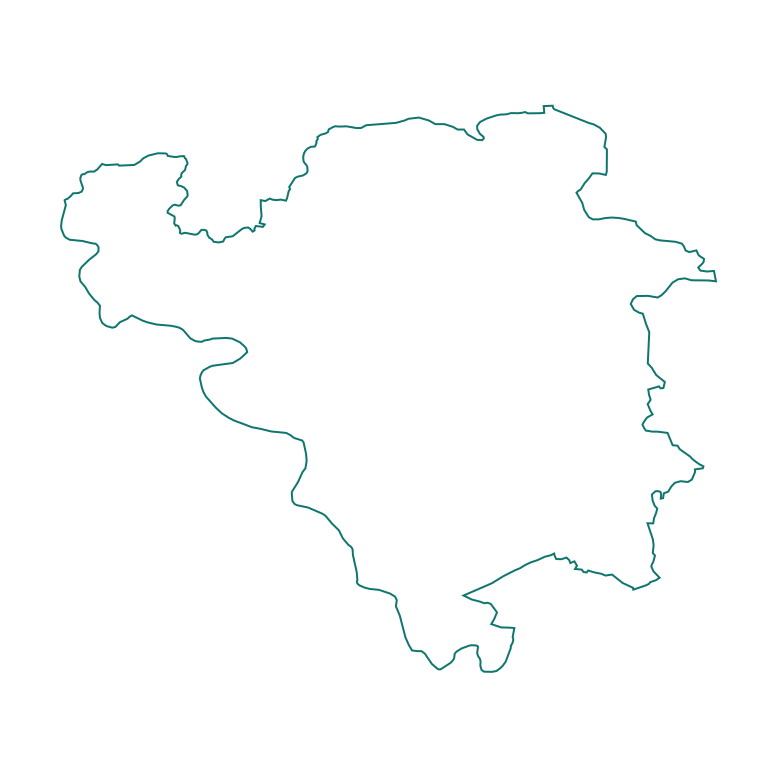 Zozocolco de Hidalgo, Veracruz, Mexico (Equal Earth projection), rotated 92°
{"feature_id": "50627088B61814303720147", "entity_name": "Zozocolco de Hidalgo", "entity_type": "district", "adm_level": 2, "iso_a3": "MEX", "parent_name": "Mexico", "parent_adm1": "Veracruz", "projection": "equal_earth", "projection_center": [-97.559, 20.128], "detail": "fine", "context": "isolated", "style": "outline", "palette": "teal", "viewbox_px": 768, "rotation_deg": 92, "n_neighbors": 0, "source": "geoboundaries", "source_scale": "gbopen_adm2", "svg_char_len": 6127}
<svg xmlns="http://www.w3.org/2000/svg" viewBox="0 0 768 768"><g transform="rotate(92 384 384)"><path d="M163.2,591.9L163.6,596.0L164.3,598.9L164.4,601.6L163.6,608.1L162.0,608.7L161.2,610.1L161.3,618.1L164.0,627.6L166.9,632.5L170.2,635.6L173.8,641.2L175.0,656.3L173.8,657.7L175.0,669.5L173.9,673.4L179.6,678.0L181.9,681.3L181.9,685.1L182.6,687.8L184.9,691.1L184.7,692.0L185.5,693.6L188.8,694.7L191.4,694.4L198.1,691.8L199.5,691.7L202.3,692.9L203.8,696.0L204.3,701.4L207.2,703.7L210.1,706.9L210.5,708.3L211.5,709.6L216.3,708.2L231.8,711.8L237.7,712.2L240.3,711.8L246.9,708.9L249.0,706.8L250.8,703.2L251.6,690.4L253.6,680.5L253.9,677.0L255.4,675.3L257.2,674.1L261.4,674.0L264.6,676.4L269.7,682.6L277.3,690.0L280.5,691.9L287.2,692.3L292.1,690.9L297.3,686.1L303.6,682.1L306.9,679.3L310.4,676.1L312.5,673.4L315.7,670.6L322.5,670.8L327.7,670.2L332.7,667.8L335.0,664.8L336.0,662.6L337.2,657.4L336.3,654.4L331.4,650.0L327.7,642.6L325.9,640.9L324.2,638.3L329.1,627.4L330.6,622.6L332.5,613.5L333.2,599.3L334.1,593.6L334.7,591.2L336.1,588.0L337.5,586.2L345.1,579.2L347.5,574.5L348.0,572.3L348.2,567.5L346.9,565.4L345.5,559.0L344.6,557.1L343.5,543.3L343.9,537.4L347.3,529.5L351.2,524.8L353.2,523.0L356.9,521.8L363.5,528.4L368.3,535.9L371.8,556.2L373.0,559.0L376.6,564.9L378.8,566.4L381.8,567.7L385.0,568.2L393.6,566.0L398.5,564.1L402.9,561.4L413.5,551.3L419.0,545.0L423.1,538.1L425.6,532.9L431.8,514.5L433.1,506.0L435.4,494.8L436.3,480.0L438.5,475.5L440.3,473.2L441.4,470.9L443.3,463.8L445.3,462.3L449.2,461.3L456.3,459.5L463.5,458.6L471.0,459.6L475.0,462.4L485.2,466.6L494.6,472.1L496.2,472.4L504.2,471.4L507.1,469.1L508.2,466.6L510.1,455.6L515.8,441.0L517.7,437.9L525.3,431.1L531.9,423.9L539.6,419.8L545.8,414.2L548.0,411.1L550.3,409.6L556.0,409.1L572.9,404.7L580.5,403.8L583.1,404.2L584.5,403.5L586.1,401.5L588.2,396.2L589.3,391.0L589.9,381.9L593.2,370.7L596.1,365.5L599.5,363.7L605.8,364.3L615.0,360.1L636.6,353.7L644.3,349.9L649.3,346.7L649.8,341.5L649.7,337.1L652.1,333.7L662.0,326.5L666.6,320.8L667.3,319.3L667.2,317.5L660.4,307.8L658.7,306.2L656.8,304.8L655.3,304.3L651.0,303.9L648.9,302.1L645.6,297.3L642.4,289.4L642.0,287.1L642.1,282.8L642.5,281.5L643.4,280.9L649.7,281.5L652.4,280.6L655.4,278.5L658.0,277.8L662.1,277.9L666.4,276.5L668.0,274.0L667.9,265.9L666.9,261.6L664.0,257.9L661.8,255.8L657.5,252.8L643.6,248.1L641.2,248.1L638.7,246.7L636.2,246.0L634.5,245.9L632.5,246.6L623.4,245.2L623.1,249.6L623.2,258.4L620.2,268.4L614.7,265.5L608.3,263.1L600.1,269.6L599.0,272.8L599.6,276.3L598.2,280.3L596.3,288.8L592.6,297.1L579.4,269.3L571.9,258.0L565.4,246.2L563.5,241.9L560.0,236.6L557.2,231.2L554.6,224.3L551.0,217.2L549.4,211.6L547.5,208.0L549.7,207.5L552.9,205.7L552.9,200.6L551.1,195.6L553.6,192.7L556.4,191.6L554.6,187.5L558.9,184.8L562.2,186.6L562.6,179.8L564.9,178.1L565.3,174.9L563.3,173.5L565.1,166.5L566.0,160.5L567.7,156.0L566.5,149.4L574.5,138.6L579.0,128.0L580.8,127.7L576.2,115.4L574.6,112.4L572.7,110.9L570.7,105.6L568.0,101.8L561.8,108.2L557.0,110.5L554.8,109.9L552.5,108.7L546.0,107.2L543.5,109.5L536.0,108.9L530.1,109.8L514.0,115.8L513.9,110.1L508.5,109.4L503.6,107.6L498.9,106.6L496.3,109.2L491.0,111.5L485.1,112.4L481.8,109.1L481.5,106.5L482.1,104.0L484.5,103.2L488.9,103.4L488.3,101.1L483.4,100.5L481.7,96.2L476.6,93.4L472.6,89.9L470.8,84.3L471.3,76.8L468.8,73.0L461.2,70.1L458.5,70.3L457.1,62.4L455.1,61.9L453.3,65.8L450.8,69.7L448.1,73.3L445.7,75.7L438.9,86.1L435.4,88.5L435.1,93.4L423.0,98.9L422.1,108.6L422.2,114.5L421.4,120.7L418.8,122.6L415.4,124.3L411.7,122.3L408.3,119.9L405.0,114.5L401.4,116.8L394.9,119.8L390.5,117.0L385.3,118.8L380.3,119.7L376.8,109.1L378.7,107.5L378.2,104.6L372.2,103.4L365.6,112.2L358.4,117.0L354.3,121.1L323.0,120.7L314.6,124.3L304.7,127.8L303.8,131.6L301.1,136.7L295.4,140.2L290.6,138.1L287.3,134.5L286.7,123.4L288.0,113.4L285.6,109.8L281.6,105.9L272.6,99.2L269.1,93.8L267.9,87.0L269.6,80.3L269.2,63.4L269.8,55.8L259.5,58.2L260.3,65.1L259.6,71.8L256.6,74.0L253.1,70.5L250.8,68.8L247.8,68.6L244.5,73.9L239.6,76.5L241.5,83.5L240.1,87.2L235.9,89.2L233.3,91.2L231.7,97.7L230.8,113.4L229.9,118.0L226.8,122.6L224.1,128.5L216.4,137.1L212.9,138.0L210.7,149.3L209.9,155.2L209.7,162.2L210.4,168.4L211.9,174.9L212.2,181.0L210.2,185.1L203.0,190.0L196.1,192.2L186.1,198.3L184.4,196.7L182.8,194.3L176.3,190.5L171.8,186.8L166.2,183.0L166.1,176.3L167.3,169.6L164.1,168.8L141.8,169.4L139.4,172.0L129.6,170.7L126.2,171.2L120.3,177.3L117.1,183.8L116.1,188.1L103.5,223.4L102.3,224.5L100.0,225.1L100.7,234.1L107.4,233.3L107.9,237.4L108.5,249.7L107.3,252.4L108.3,256.3L108.7,259.5L108.8,266.4L110.2,270.9L110.7,277.1L111.6,281.0L115.2,290.8L118.8,297.1L122.6,299.9L126.2,299.7L130.8,296.7L133.5,293.2L135.1,292.8L136.9,294.4L136.7,299.6L131.6,309.3L126.9,312.9L127.1,319.4L124.6,324.1L122.2,332.6L122.5,341.7L119.1,348.3L116.5,358.5L118.1,368.8L119.9,372.5L122.6,381.1L126.0,410.8L128.9,415.7L129.2,420.2L127.8,430.3L128.3,437.8L128.1,441.7L129.1,444.1L131.5,448.1L134.2,448.8L135.6,451.2L137.2,456.1L139.6,459.2L141.3,458.7L143.9,460.1L145.9,459.9L149.1,461.4L149.5,465.3L151.4,468.7L153.7,470.7L156.2,472.0L159.9,472.7L163.7,472.3L166.0,471.1L167.8,469.2L169.9,468.2L173.8,467.8L176.1,468.8L178.4,472.2L179.9,477.8L181.2,480.1L190.4,485.6L192.5,484.7L194.8,486.0L201.8,487.4L204.2,488.4L203.3,493.6L204.0,497.9L203.7,501.7L202.7,504.8L205.3,508.9L204.6,513.6L211.3,513.3L220.6,512.2L227.5,513.9L228.7,508.8L231.2,510.5L230.6,517.6L233.6,519.0L235.1,518.7L236.3,520.6L233.7,523.0L232.3,525.2L232.9,529.3L234.3,531.7L241.6,540.3L242.9,547.2L244.2,548.3L247.2,549.7L248.3,554.2L247.8,559.2L245.6,560.8L243.8,563.8L241.2,565.6L238.6,566.0L236.8,567.0L236.2,569.0L236.4,571.9L240.1,574.8L241.1,576.5L241.3,579.0L239.8,588.1L240.9,591.6L240.1,593.3L237.5,593.0L233.2,595.2L232.6,596.8L233.0,597.7L230.8,599.3L225.9,598.9L223.9,599.3L220.5,606.2L218.8,606.3L216.4,604.8L212.9,601.4L212.1,599.5L213.0,595.5L212.4,593.4L207.0,590.2L203.5,587.2L202.3,586.8L197.9,587.5L194.6,590.7L193.4,593.4L192.6,597.0L189.3,598.1L186.1,596.1L183.9,593.8L181.9,594.0L179.9,593.2L177.1,590.3L173.1,589.5L171.2,588.2L169.9,588.1L166.0,589.8L165.2,590.9L163.2,591.9Z" fill="none" stroke="#0f766e" stroke-width="2"/></g></svg>